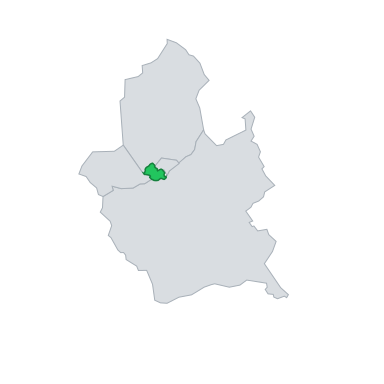 Rwanda highlighted, orthographic projection, rotated 236°
{"feature_id": "RWA", "entity_name": "Rwanda", "entity_type": "country or territory", "adm_level": 0, "iso_a3": "RWA", "parent_name": "Africa", "parent_adm1": "", "projection": "orthographic", "projection_center": [29.912, -1.936], "detail": "fine", "context": "with_neighbors", "style": "filled", "palette": "green", "viewbox_px": 384, "rotation_deg": 236, "n_neighbors": 4, "source": "natural_earth", "source_scale": "50m", "svg_char_len": 3230}
<svg xmlns="http://www.w3.org/2000/svg" viewBox="0 0 384 384"><g transform="rotate(236 192 192)"><path d="M269.3,161.2L307.7,183.2L308.3,189.1L322.6,199.4L317.8,211.9L318.3,217.7L324.7,221.4L322.0,230.2L321.8,238.1L328.9,254.5L332.5,256.7L324.4,262.5L313.5,266.3L307.5,266.2L303.9,269.2L294.4,270.6L282.5,267.8L275.0,268.6L272.4,254.8L267.1,247.3L257.3,245.4L237.0,236.4L231.5,223.6L225.7,217.9L223.6,212.0L224.6,206.7L222.8,197.3L227.0,196.9L237.2,185.7L234.3,176.1L237.2,174.8L237.8,168.8L233.8,163.0L237.4,161.8L269.3,161.2Z" fill="#d9dde1" stroke="#a8b0b8" stroke-width="1"/><path d="M222.1,185.0L224.6,206.7L223.6,212.0L225.7,217.9L231.5,223.6L237.0,236.4L233.0,235.3L216.7,238.3L213.9,244.7L216.2,249.2L213.2,271.3L222.9,276.9L225.7,275.1L226.5,285.9L218.9,285.8L211.1,276.1L203.5,274.7L201.2,269.4L195.1,272.6L187.1,271.2L183.7,266.7L172.7,266.0L172.1,262.9L164.1,262.1L151.2,264.3L151.4,252.3L148.0,248.6L147.2,242.3L148.5,236.2L146.4,232.3L146.1,225.9L134.0,226.1L134.8,222.4L129.7,222.5L129.2,224.3L123.0,224.7L119.2,233.2L113.7,231.8L104.0,234.1L97.7,225.5L92.1,211.9L63.1,212.0L53.0,214.5L51.5,211.4L54.0,210.3L55.7,203.2L59.1,201.1L61.7,202.1L65.0,198.1L70.3,198.2L71.0,201.1L74.7,202.8L88.4,188.1L88.0,179.7L92.2,169.7L103.2,159.5L104.4,156.2L106.3,148.9L107.0,134.1L112.1,122.3L113.7,109.1L117.7,103.9L123.1,100.6L137.6,107.7L152.4,110.6L156.9,103.7L161.5,104.7L172.8,99.6L176.8,101.7L180.1,101.4L181.6,99.0L185.4,98.1L199.5,99.3L202.8,98.3L209.0,106.6L213.5,107.8L226.6,104.7L229.0,109.0L238.0,115.7L237.4,127.6L241.5,129.0L234.3,135.3L228.2,145.4L227.7,153.5L225.3,157.4L225.2,165.1L222.3,168.0L219.6,180.4L222.1,185.0Z" fill="#d9dde1" stroke="#a8b0b8" stroke-width="1"/><path d="M234.3,176.1L237.2,185.7L227.0,196.9L222.8,197.3L222.1,185.0L219.6,180.4L225.8,181.2L228.9,175.4L234.3,176.1Z" fill="#d9dde1" stroke="#a8b0b8" stroke-width="1"/><path d="M269.3,161.2L237.4,161.8L227.7,166.2L225.2,165.1L225.3,157.4L227.7,153.5L228.2,145.4L234.3,135.3L241.5,129.0L237.4,127.6L238.0,115.7L242.2,113.0L248.7,115.2L256.8,112.9L264.0,112.9L270.2,108.3L275.1,115.3L280.8,132.1L269.2,150.4L269.3,161.2Z" fill="#d9dde1" stroke="#a8b0b8" stroke-width="1"/><path d="M225.2,165.6L225.5,165.6L227.7,165.1L227.9,165.2L228.3,166.3L228.5,166.4L228.8,166.4L229.4,166.2L230.5,165.4L231.0,164.9L231.6,164.2L232.4,163.5L232.8,162.8L233.2,162.4L233.7,162.3L234.3,162.3L234.7,162.3L234.4,162.5L234.3,163.0L234.7,163.8L236.0,165.4L236.8,165.7L237.3,166.3L237.8,167.4L237.9,168.7L237.7,170.3L237.9,171.5L238.3,172.3L238.4,173.3L238.2,174.6L238.0,175.3L237.6,175.5L237.3,175.6L236.8,175.6L236.2,175.7L235.6,175.9L235.2,175.9L234.9,175.9L234.4,175.7L233.7,175.0L232.3,175.4L231.9,175.4L231.4,175.7L231.0,176.1L230.7,176.1L230.4,176.0L229.2,175.3L228.8,175.3L228.6,177.4L228.4,178.6L228.2,179.2L227.3,179.7L226.4,180.0L226.0,179.9L224.0,180.1L223.3,180.1L222.9,179.9L222.3,178.7L221.3,178.2L220.4,177.9L220.0,178.0L219.6,178.6L219.5,179.2L218.5,178.8L218.2,178.3L218.2,177.5L217.9,176.4L218.1,175.9L218.4,175.6L219.2,175.0L220.4,174.2L220.7,173.8L220.8,173.2L220.7,171.7L220.6,170.4L220.8,170.0L221.3,169.0L222.0,168.0L222.9,166.9L223.4,166.8L224.1,166.4L224.8,165.8L225.2,165.6Z" fill="#22c55e" stroke="#15803d" stroke-width="1.5"/></g></svg>